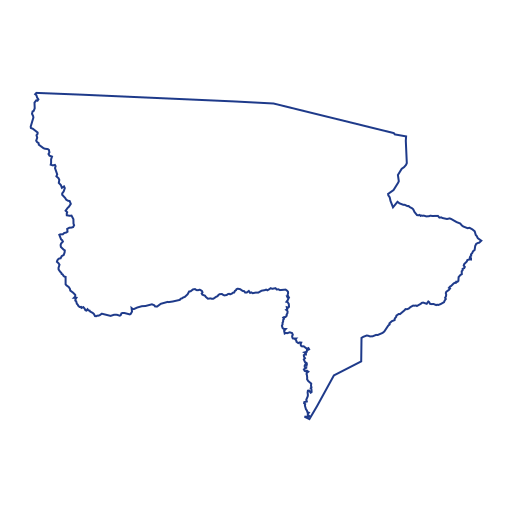 the district of Água Boa, Mato Grosso, Brazil
{"feature_id": "56859067B27604315767494", "entity_name": "Água Boa", "entity_type": "district", "adm_level": 2, "iso_a3": "BRA", "parent_name": "Brazil", "parent_adm1": "Mato Grosso", "projection": "mercator", "projection_center": [-52.48, -14.089], "detail": "fine", "context": "isolated", "style": "outline", "palette": "blue", "viewbox_px": 512, "rotation_deg": 0, "n_neighbors": 0, "source": "geoboundaries", "source_scale": "gbopen_adm2", "svg_char_len": 5981}
<svg xmlns="http://www.w3.org/2000/svg" viewBox="0 0 512 512"><path d="M406.1,136.4L394.8,134.4L393.8,133.1L273.5,103.5L233.5,101.4L82.3,94.7L36.4,92.9L35.2,94.2L36.4,95.2L37.1,97.5L38.4,99.4L37.5,100.7L36.3,100.3L34.5,102.6L34.7,108.3L33.7,110.9L32.6,111.4L32.0,113.8L33.1,116.0L33.4,117.5L30.7,126.6L30.9,128.0L32.9,128.8L37.6,132.5L37.6,133.8L36.5,135.2L37.2,137.7L36.2,140.7L37.0,142.0L38.6,143.1L38.8,144.7L43.5,148.2L44.8,148.7L47.8,149.1L48.9,149.9L49.4,152.3L48.5,154.0L49.5,155.7L52.0,156.6L51.1,159.3L51.1,163.0L50.7,164.7L52.8,165.4L54.9,164.9L55.6,166.2L55.0,168.1L57.2,174.4L56.4,176.3L58.5,178.2L59.3,179.9L58.8,182.9L60.9,185.1L61.9,187.8L64.0,186.4L64.8,188.1L63.7,191.4L62.2,193.4L62.2,194.8L65.2,198.0L66.2,199.7L68.1,200.8L69.6,201.0L70.8,203.9L68.8,206.9L67.8,207.7L65.6,210.7L67.2,212.2L66.7,213.8L66.8,215.3L69.9,215.8L71.5,215.6L73.4,219.2L73.5,223.7L74.1,225.2L73.1,227.1L71.4,227.6L69.4,227.7L67.2,228.9L67.5,231.7L66.3,232.5L64.2,233.0L62.8,234.3L60.3,234.3L59.3,234.8L61.1,239.4L62.2,240.2L62.9,241.6L61.1,243.5L60.6,245.0L60.9,247.0L63.7,249.7L64.8,250.4L64.6,252.4L63.7,255.0L61.7,256.1L60.6,258.3L59.2,258.5L58.2,259.2L57.3,260.4L56.9,261.8L58.5,263.2L59.5,264.7L58.5,267.9L58.6,269.5L60.2,271.8L61.3,272.8L61.6,273.9L62.7,274.5L63.6,276.0L64.4,276.6L65.6,276.9L65.6,284.3L66.4,285.3L68.8,287.1L69.9,288.8L70.3,290.6L73.0,292.6L75.2,294.8L75.3,296.5L74.0,297.8L76.3,297.9L75.5,299.2L75.3,300.6L76.2,301.3L76.8,303.7L77.7,304.6L78.2,305.7L79.6,307.0L81.1,306.9L81.5,307.9L83.3,307.1L84.6,308.6L85.4,310.2L86.3,310.6L87.5,309.2L88.4,310.4L89.6,310.6L90.1,311.5L92.7,312.9L93.9,314.0L95.0,316.1L96.3,316.2L97.2,315.7L98.3,315.7L99.7,315.2L101.8,313.7L110.6,315.9L113.9,314.8L115.4,314.7L117.0,314.8L119.8,315.7L120.8,315.0L121.4,313.4L122.4,313.0L124.4,313.0L129.8,314.4L130.7,313.9L132.0,311.6L131.6,308.1L132.7,309.0L133.8,309.1L137.3,307.5L141.9,306.2L145.5,306.0L151.9,304.3L154.3,305.3L155.0,306.4L157.0,306.6L160.8,303.8L167.6,301.9L168.7,302.1L172.7,301.5L179.8,299.9L180.6,298.8L182.1,298.3L183.3,297.4L184.7,297.0L187.6,294.3L189.1,291.5L190.6,291.3L193.0,289.4L195.0,289.1L196.5,290.1L198.1,290.2L199.7,289.7L200.9,290.3L202.1,291.2L202.5,292.5L201.7,293.5L202.4,294.7L205.0,295.7L205.8,296.9L207.9,298.7L210.6,298.4L211.9,298.8L213.4,298.7L216.1,296.8L217.5,296.2L218.5,294.9L219.6,294.2L221.9,294.0L223.2,294.9L224.4,295.4L226.7,295.0L227.9,294.1L229.1,293.8L230.1,294.3L231.9,293.6L233.0,292.7L234.2,292.5L234.9,290.9L236.0,290.2L236.5,289.2L237.7,288.7L240.2,289.2L242.6,290.9L244.2,291.2L245.1,292.5L246.8,292.5L248.8,291.0L250.1,292.9L251.3,292.4L252.7,293.2L255.6,292.6L258.3,292.6L261.6,290.7L265.0,290.1L266.1,289.6L267.4,290.3L269.5,289.1L270.6,288.2L272.3,288.8L275.5,288.2L276.7,289.5L278.4,289.3L279.9,290.1L285.6,289.6L287.2,290.8L288.0,291.8L288.1,293.2L287.6,295.0L288.3,296.4L287.1,296.4L287.6,297.5L288.8,297.8L287.7,300.2L286.5,301.8L287.6,302.1L288.8,304.0L289.0,306.8L288.3,307.6L286.8,307.2L287.2,309.2L286.2,309.8L287.2,310.6L287.6,311.6L287.4,313.3L286.6,314.6L286.7,315.7L285.5,317.0L284.1,317.1L283.2,317.6L284.0,318.8L283.2,319.8L283.1,321.7L282.5,322.8L282.6,324.2L281.9,325.8L282.6,328.0L283.6,328.9L285.7,329.0L284.1,330.8L284.7,333.5L285.8,332.9L287.2,333.2L289.8,332.3L292.1,333.1L292.8,334.8L292.1,336.1L292.4,337.7L293.0,338.5L296.0,338.5L295.2,339.3L296.2,340.3L296.5,341.8L298.3,343.1L299.7,342.4L301.2,342.6L300.6,344.0L300.9,345.6L302.0,346.4L303.7,346.3L306.0,348.1L307.3,348.6L308.4,348.1L309.1,349.3L308.2,349.8L306.9,350.0L306.8,351.7L304.5,352.4L305.9,353.2L305.9,354.5L304.6,354.5L303.8,355.2L304.0,356.7L305.0,358.2L303.8,359.4L305.0,362.1L306.6,363.0L306.9,364.1L306.6,365.3L305.6,364.0L304.7,365.6L304.7,366.8L306.0,367.9L303.9,369.4L304.7,370.9L305.8,371.3L306.9,370.7L308.3,371.7L306.9,372.8L306.5,374.0L306.9,375.0L307.2,377.5L307.1,379.3L308.2,381.0L311.2,383.6L311.0,386.0L311.5,387.2L310.7,388.2L311.4,389.0L311.6,392.0L310.7,392.7L309.0,390.5L307.9,390.7L307.6,392.5L307.9,395.1L307.7,396.4L306.3,399.7L306.8,401.5L304.3,402.1L304.1,403.3L305.2,404.1L304.9,405.6L306.0,409.4L306.9,410.4L307.3,412.0L308.8,412.7L307.7,413.9L307.9,414.9L309.1,415.9L308.1,416.9L306.8,416.6L304.5,416.7L309.4,419.1L317.0,406.2L333.9,375.4L361.2,361.4L361.5,337.9L363.3,336.8L366.8,335.5L368.4,335.8L370.0,336.4L372.6,336.3L376.1,334.9L377.7,335.0L382.6,332.9L384.3,331.5L388.3,325.5L389.6,324.5L389.4,323.4L391.8,321.2L394.6,320.1L394.8,318.5L396.2,316.8L396.4,315.6L398.7,314.0L400.0,314.1L404.5,310.3L405.5,309.1L407.0,309.2L408.7,308.6L410.4,307.1L413.1,305.6L414.7,305.7L416.0,305.5L416.9,306.0L420.8,303.8L421.7,302.9L423.2,302.6L426.7,303.8L428.3,301.5L429.1,302.1L430.0,303.8L431.2,304.1L433.5,304.0L436.2,305.1L437.1,304.7L438.2,305.0L440.6,304.1L444.0,302.2L444.7,300.5L445.8,299.0L445.1,297.8L445.9,296.5L446.2,294.7L445.8,293.1L446.3,291.8L449.0,289.8L450.0,288.5L449.0,287.8L450.1,286.5L451.1,286.0L453.6,283.5L454.7,282.8L455.8,282.9L456.2,281.7L457.5,281.8L458.4,280.8L458.6,277.1L460.4,275.0L461.8,274.2L461.7,271.3L462.6,270.3L462.6,268.9L464.2,268.1L464.8,266.9L463.7,265.6L464.2,264.1L466.8,261.5L467.4,260.0L469.8,259.4L471.0,259.5L471.0,258.2L469.8,257.8L470.2,256.5L471.2,255.7L471.0,254.4L472.2,253.1L473.0,251.3L474.6,250.0L475.2,246.0L476.2,243.9L477.8,243.0L479.2,242.7L481.3,240.7L477.8,238.2L476.6,235.8L475.8,235.1L474.7,231.3L472.4,229.4L469.5,227.8L467.6,228.2L463.3,226.5L461.9,225.5L460.2,223.5L456.6,222.1L451.4,219.1L449.7,218.4L447.0,219.0L442.4,218.0L441.3,217.4L439.4,217.6L437.9,215.9L432.4,216.0L430.4,215.7L429.0,216.2L426.4,216.4L423.7,215.6L422.7,215.8L421.5,215.5L420.6,215.9L419.6,214.9L418.4,215.3L417.0,215.1L414.5,212.0L413.2,209.3L412.1,208.3L409.6,207.0L408.6,206.0L407.4,206.1L404.7,204.8L403.3,204.8L399.4,203.3L397.5,201.8L393.0,207.3L390.5,200.9L389.7,197.3L388.3,195.3L388.1,193.9L393.5,190.1L398.2,182.6L398.8,181.2L397.9,175.0L401.7,168.8L404.1,167.1L406.0,164.9L406.8,163.1L405.8,140.8L406.1,136.4Z" fill="none" stroke="#1e3a8a" stroke-width="2"/></svg>